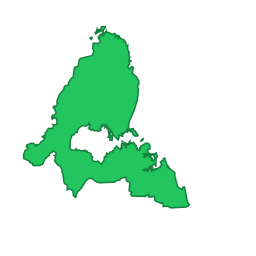 Sorsogon, Sorsogon, Philippines, rotated 203°
{"feature_id": "2640588B8238689001419", "entity_name": "Sorsogon", "entity_type": "district", "adm_level": 2, "iso_a3": "PHL", "parent_name": "Philippines", "parent_adm1": "Sorsogon", "projection": "natural_earth1", "projection_center": [123.949, 12.823], "detail": "fine", "context": "isolated", "style": "filled", "palette": "green", "viewbox_px": 256, "rotation_deg": 203, "n_neighbors": 0, "source": "geoboundaries", "source_scale": "gbopen_adm2", "svg_char_len": 5870}
<svg xmlns="http://www.w3.org/2000/svg" viewBox="0 0 256 256"><g transform="rotate(203 128 128)"><path d="M41.5,81.3L44.3,83.1L53.0,95.8L54.2,95.0L54.0,93.3L54.8,92.4L59.3,93.3L66.2,102.1L67.1,104.7L68.9,105.9L69.6,105.7L76.4,107.4L75.9,107.8L74.3,107.0L72.7,106.5L78.3,109.7L82.5,114.7L83.4,113.3L82.8,111.6L83.7,111.5L84.9,109.3L82.3,107.1L83.5,105.3L82.9,104.5L85.0,102.4L85.0,101.3L86.0,101.7L88.3,99.8L89.4,100.1L88.9,98.8L87.8,99.0L89.3,97.6L89.4,98.7L90.6,98.7L89.8,101.1L91.4,101.4L92.0,99.1L92.9,99.1L93.0,95.8L94.4,96.6L96.8,94.7L96.3,95.8L97.8,95.4L97.9,95.6L96.0,96.1L96.1,97.0L95.0,96.7L93.7,98.4L92.7,100.8L93.2,102.0L92.6,101.5L90.9,102.4L89.5,105.3L88.0,104.5L87.6,103.2L87.5,103.9L90.4,111.4L89.8,113.1L92.3,116.1L93.3,114.3L95.2,113.9L95.7,112.5L93.9,113.1L91.0,110.3L92.1,107.1L93.8,107.5L93.1,108.2L93.7,109.6L94.6,109.2L96.1,111.1L96.0,110.0L100.5,110.3L100.7,108.4L102.4,106.9L101.4,109.7L104.2,110.4L102.3,110.5L101.8,112.1L101.6,110.7L100.5,111.6L99.9,110.7L98.7,111.7L98.0,111.1L96.5,113.0L98.8,112.8L101.7,114.9L99.6,117.5L101.2,120.7L102.8,121.8L105.7,121.0L108.9,116.5L109.4,112.9L109.1,112.4L109.2,113.4L108.5,112.8L108.2,113.6L108.5,111.8L111.4,111.6L111.5,113.1L113.4,114.0L113.6,115.1L115.7,115.4L116.0,116.4L117.3,116.8L117.9,115.4L119.8,115.8L120.4,113.0L121.7,113.2L122.4,111.6L122.1,109.1L123.0,109.1L122.8,110.2L124.0,111.6L123.1,113.3L125.3,113.2L125.7,110.4L127.0,109.0L125.7,107.1L126.8,107.2L126.5,105.1L131.6,106.9L131.5,105.4L132.6,104.1L131.9,103.9L132.2,101.7L133.1,101.3L132.6,100.1L135.0,99.1L135.5,96.4L137.8,96.6L137.2,93.3L135.8,93.2L138.0,92.9L138.5,91.5L137.5,89.5L138.5,84.1L142.6,85.8L144.1,84.5L147.5,83.8L149.6,85.8L149.1,87.4L151.5,88.4L152.0,89.9L156.4,90.0L156.7,90.7L158.5,89.8L158.9,90.8L161.4,88.9L164.9,88.5L165.5,87.5L167.8,88.7L167.6,87.2L168.4,86.6L172.1,85.7L174.8,88.2L174.1,88.8L176.3,93.7L176.6,99.1L175.2,100.7L174.5,103.5L173.0,104.2L173.7,106.3L173.1,109.0L171.2,112.3L167.5,113.2L165.7,115.3L166.0,117.1L164.1,116.2L164.9,115.6L163.7,113.9L164.2,112.8L162.3,113.3L163.3,112.5L163.3,112.0L160.8,111.7L160.4,112.9L158.0,112.2L155.8,113.5L154.5,113.0L152.2,114.9L152.0,115.4L152.9,115.2L153.4,120.8L152.5,120.6L152.1,118.7L151.2,122.0L150.2,121.8L149.5,119.4L148.5,121.9L147.2,119.5L146.5,120.7L145.4,118.4L145.0,119.8L144.0,120.0L142.2,118.0L141.3,118.4L140.4,116.6L132.5,113.1L132.5,115.5L133.7,117.7L129.6,118.4L130.3,119.6L131.1,119.3L131.6,121.1L129.9,121.0L128.6,123.9L126.9,124.0L128.3,125.7L128.0,126.8L127.1,125.1L125.6,126.6L127.9,128.9L129.3,133.9L129.3,147.2L130.3,156.9L133.0,166.6L135.5,170.2L135.4,172.6L135.9,172.5L135.3,172.7L136.3,175.3L139.9,178.3L145.5,180.1L146.7,185.9L148.6,186.1L149.8,182.8L151.8,183.8L152.3,186.2L151.3,187.1L152.6,189.3L151.5,190.1L151.5,191.1L153.8,190.6L154.0,193.9L156.0,195.5L156.2,197.9L159.2,200.3L160.5,204.0L160.8,203.2L162.2,203.7L164.2,206.6L165.4,205.7L166.0,207.5L169.6,207.5L171.7,208.9L171.6,206.9L171.9,207.2L171.9,206.8L172.1,206.7L172.3,206.7L171.8,207.3L172.7,209.4L174.3,209.0L175.2,205.7L175.4,208.9L177.2,209.9L179.3,207.9L183.5,208.4L184.7,207.7L186.1,209.1L186.1,206.9L187.0,206.1L186.2,203.9L186.9,203.7L186.6,203.6L186.4,203.3L186.4,203.2L188.1,203.2L188.3,204.5L190.2,203.2L189.5,200.2L190.0,198.9L187.3,196.8L187.2,195.7L189.0,194.0L193.1,192.5L191.6,187.2L189.4,185.5L189.4,180.6L199.0,173.4L199.4,171.2L198.0,165.3L200.9,162.8L198.4,153.3L199.6,151.6L200.5,146.8L199.8,144.3L202.8,141.6L202.3,137.8L204.2,132.0L204.0,125.4L203.1,123.1L202.7,122.6L202.6,123.0L202.1,122.9L202.5,120.6L204.1,117.5L199.9,113.8L201.1,110.3L202.4,110.4L202.5,108.2L201.3,106.5L200.5,107.7L201.2,108.6L197.1,108.5L194.9,103.9L195.7,102.5L198.3,101.8L197.3,101.4L197.2,98.3L201.1,96.5L202.2,90.7L201.4,89.0L203.7,86.6L202.1,86.0L200.7,86.9L200.8,83.7L202.5,81.6L203.2,78.6L204.4,77.1L205.7,77.0L205.6,75.6L208.6,76.9L211.2,76.1L214.5,72.8L214.1,70.8L213.3,71.2L212.0,69.9L214.0,67.0L213.6,62.1L212.0,59.2L205.4,58.9L204.7,57.8L201.5,58.1L201.4,56.7L199.7,56.6L194.1,59.4L192.5,61.3L192.2,67.4L189.7,72.4L190.1,73.7L187.3,77.8L184.7,77.0L183.7,75.2L185.1,73.9L183.7,73.7L182.5,68.8L177.6,66.4L175.7,66.6L172.0,63.4L171.8,61.9L170.3,60.7L165.7,53.0L164.6,52.0L161.5,51.8L159.8,47.2L158.6,49.2L155.5,48.9L154.0,48.1L151.9,44.6L149.6,43.5L148.8,44.6L149.6,45.3L149.5,49.2L147.5,54.4L146.0,63.4L144.3,66.3L141.5,67.4L136.5,66.1L132.6,66.5L119.6,72.7L117.2,75.7L115.2,76.8L114.9,78.9L110.8,81.9L108.5,78.5L105.2,78.9L102.4,70.6L99.3,70.4L99.7,68.4L98.2,66.8L84.9,71.9L85.3,73.3L83.7,73.6L83.0,74.8L82.0,72.6L78.6,74.0L77.9,75.3L76.8,75.2L74.8,71.6L67.8,71.6L67.3,72.5L64.8,70.6L64.9,69.5L61.0,71.5L57.4,71.2L43.9,77.8L42.0,79.5L41.5,81.3ZM118.7,123.3L116.1,124.3L116.0,125.4L120.6,128.2L122.5,128.3L123.0,129.5L124.9,128.6L124.7,125.6L122.3,125.7L120.6,123.7L118.7,123.3ZM193.6,205.3L191.7,205.5L192.1,207.0L191.4,207.8L190.5,206.8L189.5,207.5L188.1,211.2L188.5,212.5L191.9,210.9L191.8,207.6L194.0,207.1L193.6,205.3ZM140.1,109.8L137.8,110.4L139.4,114.9L140.5,114.0L142.3,115.5L143.3,115.1L142.3,113.0L142.9,111.8L140.6,112.2L140.1,109.8ZM194.4,202.0L193.0,204.4L194.0,204.6L194.4,206.0L195.1,206.7L194.7,204.5L195.5,203.1L194.4,202.0ZM198.0,196.1L196.6,195.1L196.5,195.5L196.1,196.3L196.3,197.2L197.1,197.3L198.0,196.1ZM143.9,116.0L142.3,116.6L142.5,117.4L143.5,116.8L143.6,117.9L144.9,117.8L143.9,116.0ZM109.9,124.1L110.8,122.9L111.1,120.2L109.5,123.1L109.9,124.1ZM204.8,117.8L203.7,118.3L204.2,119.5L204.8,119.1L204.8,117.8ZM188.5,205.7L187.6,205.9L188.2,206.9L188.5,205.7ZM127.7,111.6L127.6,110.8L127.0,111.7L127.7,111.6ZM127.2,113.3L126.6,113.6L127.7,113.6L127.2,113.3ZM121.3,114.1L120.6,113.5L121.1,114.2L121.5,115.1L121.3,114.1ZM190.6,200.7L190.1,200.2L190.2,200.7L190.6,200.7L190.6,200.7ZM190.7,199.7L190.2,199.3L190.4,200.0L190.7,199.7ZM121.4,115.9L121.1,115.7L121.2,116.4L121.4,115.9Z" fill="#22c55e" stroke="#15803d" stroke-width="1.5"/></g></svg>